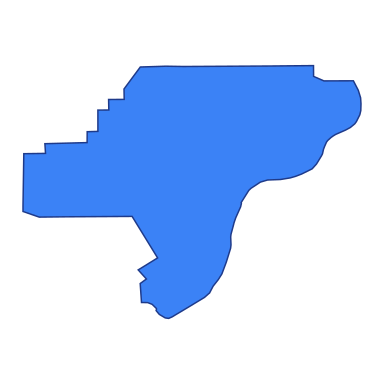 the district of Clark, Indiana, United States of America
{"feature_id": "52423323B43652235718756", "entity_name": "Clark", "entity_type": "district", "adm_level": 2, "iso_a3": "USA", "parent_name": "United States of America", "parent_adm1": "Indiana", "projection": "mercator", "projection_center": [-85.662, 38.437], "detail": "fine", "context": "isolated", "style": "filled", "palette": "blue", "viewbox_px": 384, "rotation_deg": 0, "n_neighbors": 0, "source": "geoboundaries", "source_scale": "gbopen_adm2", "svg_char_len": 1174}
<svg xmlns="http://www.w3.org/2000/svg" viewBox="0 0 384 384"><path d="M23.0,206.0L23.0,211.5L39.2,217.1L66.3,216.8L132.1,216.4L157.6,257.9L138.2,269.9L146.4,279.0L140.2,283.5L141.5,302.5L147.7,302.6L152.1,304.3L156.4,308.5L156.5,309.1L156.1,310.6L159.3,314.4L165.2,317.9L168.7,318.4L172.3,316.8L175.4,314.9L187.3,307.8L203.0,298.3L204.5,297.4L209.0,293.4L209.5,293.1L213.1,286.2L218.3,279.6L221.9,273.9L226.3,262.1L230.6,248.3L231.0,244.9L230.7,236.9L231.0,234.3L233.6,224.6L234.0,222.9L235.7,217.9L240.6,206.9L241.4,203.5L241.2,202.5L248.8,190.4L251.0,188.3L260.4,182.1L267.6,180.0L280.5,179.5L290.2,177.9L295.7,176.3L301.7,174.0L312.2,168.8L316.5,164.0L321.5,155.8L322.5,153.8L323.5,149.3L324.6,146.4L326.5,142.1L327.7,140.5L331.0,137.5L333.4,135.8L335.7,134.4L345.5,130.1L350.5,127.4L350.7,127.2L354.8,123.8L356.4,121.6L359.8,114.8L360.8,110.6L361.0,103.9L360.6,97.8L358.3,90.3L353.4,80.8L323.9,80.9L313.6,76.4L313.5,65.6L270.7,66.0L183.4,66.5L165.7,66.2L156.6,66.5L140.3,67.0L124.0,89.0L124.2,99.4L108.6,99.5L108.8,110.0L97.9,110.1L97.9,131.4L87.2,131.7L87.1,142.6L44.9,143.7L45.5,153.4L23.8,153.7L23.0,206.0Z" fill="#3b82f6" stroke="#1e3a8a" stroke-width="1.5"/></svg>